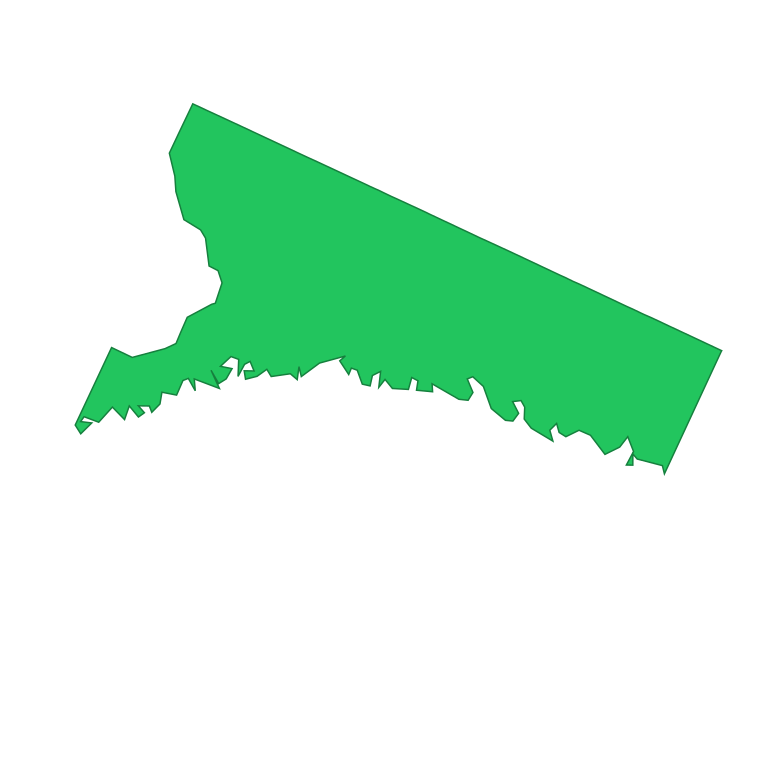 Caddo, Louisiana, United States of America (Robinson projection), rotated 115°
{"feature_id": "52423323B55471057171446", "entity_name": "Caddo", "entity_type": "district", "adm_level": 2, "iso_a3": "USA", "parent_name": "United States of America", "parent_adm1": "Louisiana", "projection": "robinson", "projection_center": [-93.824, 32.607], "detail": "fine", "context": "isolated", "style": "filled", "palette": "green", "viewbox_px": 768, "rotation_deg": 115, "n_neighbors": 0, "source": "geoboundaries", "source_scale": "gbopen_adm2", "svg_char_len": 2096}
<svg xmlns="http://www.w3.org/2000/svg" viewBox="0 0 768 768"><g transform="rotate(115 384 384)"><path d="M211.0,190.0L211.0,190.4L211.1,196.8L210.9,249.3L211.1,256.7L211.0,257.9L211.0,261.3L210.9,263.9L211.0,270.2L210.8,323.3L210.9,350.2L211.0,358.5L211.0,360.7L210.9,373.7L210.9,376.3L210.9,382.1L210.8,414.6L210.7,418.0L210.8,448.5L210.8,450.5L210.9,456.5L210.8,465.3L210.7,469.7L210.7,471.3L210.8,474.2L210.8,475.8L210.8,479.4L210.9,480.5L210.8,481.2L210.8,502.8L210.8,505.9L210.8,530.6L210.8,531.2L210.8,536.6L210.9,550.0L210.9,556.9L210.8,623.5L210.9,660.0L210.9,675.7L242.3,676.0L265.5,676.1L284.0,661.4L297.6,653.9L319.6,634.8L321.8,615.4L327.2,607.4L351.0,592.4L351.4,582.3L360.8,573.5L382.1,571.0L384.5,573.8L406.7,590.5L423.1,590.1L435.2,589.6L444.5,597.4L466.3,623.4L466.1,646.3L551.7,646.5L557.3,637.8L542.8,632.4L546.3,643.1L540.4,642.0L539.2,626.4L519.7,620.4L525.9,604.1L511.5,605.6L517.7,592.6L511.3,589.0L507.6,597.4L503.1,587.4L507.8,582.5L496.8,578.6L485.3,581.8L481.7,567.3L465.8,567.7L461.6,563.7L469.9,552.2L459.6,558.1L457.6,531.3L444.6,546.6L453.5,534.0L446.1,529.2L434.3,528.2L437.1,539.7L423.8,534.3L423.1,526.1L438.8,519.5L425.1,518.7L420.1,514.9L427.1,507.3L431.1,516.3L438.2,511.5L430.7,502.3L420.2,496.4L424.9,489.4L414.3,473.2L416.7,464.5L404.2,468.4L412.2,462.1L392.3,451.3L374.9,430.8L381.7,433.9L390.3,420.0L383.4,420.3L382.8,414.1L393.3,403.6L391.6,395.8L381.2,398.1L374.0,392.4L389.2,387.3L379.4,385.0L384.5,374.5L378.6,359.6L366.4,361.6L366.7,354.6L375.9,351.9L370.5,336.7L363.5,340.5L366.2,309.7L363.2,300.9L354.1,299.8L344.2,310.7L339.9,306.6L344.2,292.9L360.9,276.4L365.6,258.6L363.1,251.5L353.7,249.6L345.6,260.0L341.1,252.8L345.5,246.7L356.5,242.1L361.8,231.9L364.4,206.8L355.8,214.2L346.8,210.9L353.9,204.8L354.9,196.9L343.5,187.7L343.2,175.2L354.4,154.0L341.5,143.7L328.7,140.8L339.7,129.3L355.0,130.1L352.4,124.2L342.2,128.9L345.0,122.8L340.3,97.2L346.9,91.9L222.1,92.1L220.0,92.1L215.3,92.1L212.0,92.1L211.1,92.0L211.0,137.2L211.0,149.7L210.9,169.5L211.1,177.4L211.1,181.7L211.0,190.0Z" fill="#22c55e" stroke="#15803d" stroke-width="1.5"/></g></svg>